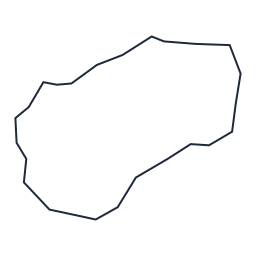 outline of Agios Nikolaos Soleas, Cyprus
{"feature_id": "46923920B37444624958942", "entity_name": "Agios Nikolaos Soleas", "entity_type": "district", "adm_level": 2, "iso_a3": "CYP", "parent_name": "Cyprus", "parent_adm1": "", "projection": "natural_earth1", "projection_center": [32.87, 35.098], "detail": "fine", "context": "isolated", "style": "outline", "palette": "slate", "viewbox_px": 256, "rotation_deg": 0, "n_neighbors": 0, "source": "geoboundaries", "source_scale": "gbopen_adm2", "svg_char_len": 404}
<svg xmlns="http://www.w3.org/2000/svg" viewBox="0 0 256 256"><path d="M43.4,82.2L28.8,107.0L15.4,118.1L16.6,142.8L26.3,158.9L23.9,182.4L49.5,209.6L95.7,219.5L117.7,207.2L135.9,177.5L167.6,158.9L190.7,144.1L209.0,145.3L232.1,131.7L235.8,103.3L240.6,73.6L229.7,45.1L195.6,43.9L163.9,41.4L151.7,36.5L122.5,55.0L96.9,64.9L71.4,83.5L56.8,84.7L43.4,82.2Z" fill="none" stroke="#1e293b" stroke-width="2"/></svg>